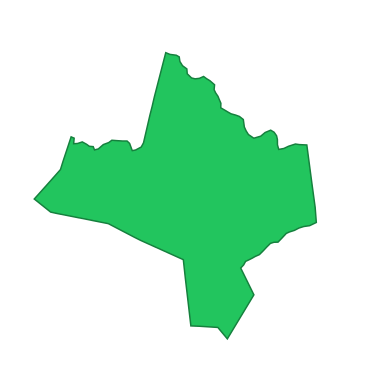 outline of Passira, Pernambuco, Brazil, rotated 43°
{"feature_id": "56859067B94485167726813", "entity_name": "Passira", "entity_type": "district", "adm_level": 2, "iso_a3": "BRA", "parent_name": "Brazil", "parent_adm1": "Pernambuco", "projection": "robinson", "projection_center": [-35.56, -8.013], "detail": "fine", "context": "isolated", "style": "filled", "palette": "green", "viewbox_px": 384, "rotation_deg": 43, "n_neighbors": 0, "source": "geoboundaries", "source_scale": "gbopen_adm2", "svg_char_len": 1427}
<svg xmlns="http://www.w3.org/2000/svg" viewBox="0 0 384 384"><g transform="rotate(43 192 192)"><path d="M102.3,303.1L107.4,300.1L152.4,272.2L180.7,264.4L187.5,262.4L231.8,247.4L245.7,259.4L282.5,290.7L288.9,285.2L303.3,273.4L306.9,273.9L318.0,275.3L307.4,225.0L279.5,214.4L279.5,210.1L278.5,206.2L279.8,203.0L281.1,199.5L282.2,196.0L284.0,191.8L284.2,186.3L284.2,181.2L284.4,176.1L286.2,172.9L289.1,170.0L289.2,164.7L289.2,158.0L290.5,154.8L293.1,150.2L294.8,145.4L297.3,141.0L301.0,136.4L303.7,129.5L292.5,119.2L272.8,103.1L243.9,79.3L238.2,84.1L234.9,86.4L231.4,92.7L229.5,97.5L226.4,101.7L222.3,99.2L218.7,95.4L215.5,93.2L211.3,92.3L207.4,93.1L204.9,98.6L204.2,104.3L200.5,110.5L194.1,111.5L189.9,110.4L186.0,108.8L180.1,104.0L175.2,104.4L171.4,106.0L167.2,108.2L163.4,109.1L155.6,110.8L152.6,107.4L148.7,105.7L145.7,104.3L141.7,103.4L138.4,102.1L135.4,98.2L129.2,98.4L125.3,99.2L121.7,99.6L119.9,103.8L117.1,107.1L113.9,108.9L107.9,108.8L104.3,105.5L98.9,106.1L94.1,104.8L90.5,101.9L87.2,102.7L82.0,106.4L77.8,108.0L99.6,148.1L102.3,152.8L104.5,156.6L108.7,164.3L123.0,189.1L124.2,193.7L122.1,199.8L120.1,202.5L113.2,199.0L109.7,199.0L106.4,202.1L101.5,206.1L98.1,208.8L97.4,212.6L94.8,217.8L94.1,224.4L92.0,227.7L88.8,226.2L85.7,228.6L82.3,229.0L77.6,230.2L75.2,234.6L72.5,237.4L69.1,233.0L66.0,234.1L76.7,257.4L80.5,265.3L81.0,284.1L81.4,304.7L102.3,303.1Z" fill="#22c55e" stroke="#15803d" stroke-width="1.5"/></g></svg>